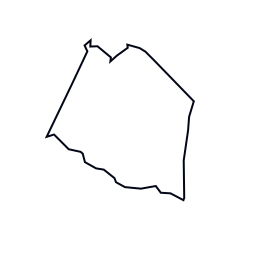 the district of Scott, Kentucky, United States of America, rotated 139°
{"feature_id": "52423323B62206076299772", "entity_name": "Scott", "entity_type": "district", "adm_level": 2, "iso_a3": "USA", "parent_name": "United States of America", "parent_adm1": "Kentucky", "projection": "robinson", "projection_center": [-84.575, 38.305], "detail": "fine", "context": "isolated", "style": "outline", "palette": "ink", "viewbox_px": 256, "rotation_deg": 139, "n_neighbors": 0, "source": "geoboundaries", "source_scale": "gbopen_adm2", "svg_char_len": 583}
<svg xmlns="http://www.w3.org/2000/svg" viewBox="0 0 256 256"><g transform="rotate(139 128 128)"><path d="M124.3,46.8L107.2,67.0L84.2,86.8L74.5,96.4L60.8,105.0L64.0,163.4L64.8,174.4L66.8,180.7L73.8,191.3L75.6,188.7L88.7,189.9L97.6,189.8L94.6,192.5L97.4,209.7L103.0,214.2L98.7,218.7L106.6,218.8L108.4,212.5L140.8,198.2L195.2,174.7L188.1,171.6L186.7,150.9L179.4,141.1L179.0,138.3L182.9,130.5L178.6,118.5L173.6,112.5L171.1,99.1L172.6,94.9L169.1,85.4L158.0,73.7L145.1,66.0L145.7,57.6L138.8,50.8L133.5,37.2L131.4,38.4L124.3,46.8Z" fill="none" stroke="#020617" stroke-width="2"/></g></svg>